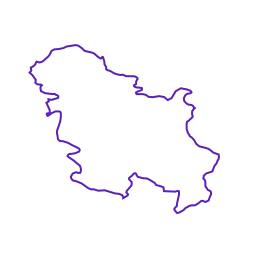 an SVG outline of Republic of Serbia, rotated 345°
{"feature_id": "SRB", "entity_name": "Republic of Serbia", "entity_type": "country or territory", "adm_level": 0, "iso_a3": "SRB", "parent_name": "Europe", "parent_adm1": "", "projection": "robinson", "projection_center": [20.755, 44.206], "detail": "fine", "context": "isolated", "style": "outline", "palette": "violet", "viewbox_px": 256, "rotation_deg": 345, "n_neighbors": 0, "source": "natural_earth", "source_scale": "50m", "svg_char_len": 3158}
<svg xmlns="http://www.w3.org/2000/svg" viewBox="0 0 256 256"><g transform="rotate(345 128 128)"><path d="M145.0,97.5L151.3,99.2L154.2,100.9L155.7,103.1L159.8,104.6L166.4,105.3L171.0,107.5L173.6,111.3L177.8,110.4L183.6,104.8L189.3,103.3L194.9,106.0L198.0,108.2L198.6,109.9L197.3,110.6L194.1,110.3L191.6,111.4L189.6,113.8L189.3,116.5L190.7,119.3L192.7,121.2L195.3,122.2L196.7,123.7L196.9,125.6L197.6,126.1L196.1,126.9L194.5,128.2L193.6,130.4L193.4,134.0L188.4,136.7L186.6,137.3L185.7,139.1L184.4,144.3L184.6,148.2L185.3,150.2L185.6,151.9L187.3,153.9L188.8,156.9L189.8,161.0L192.0,164.1L197.6,167.2L200.4,169.0L202.5,171.6L204.1,173.9L208.7,177.1L208.4,179.3L207.4,181.5L206.3,182.5L204.1,185.3L201.8,186.9L198.2,191.8L192.4,192.1L191.0,192.5L188.8,193.8L187.7,196.3L188.8,198.3L188.7,200.3L187.7,204.2L189.1,208.4L191.2,210.3L191.5,211.4L191.2,213.3L188.1,217.3L187.2,218.8L184.1,219.5L183.1,219.1L181.5,217.8L180.0,217.4L176.4,219.0L172.6,220.0L169.7,219.2L166.8,219.1L164.8,219.8L163.2,220.0L160.3,221.7L155.5,223.0L153.3,222.7L152.5,221.1L151.6,218.8L152.0,217.8L155.1,215.9L155.5,214.2L159.9,205.8L160.7,203.1L160.7,202.2L159.6,201.6L157.2,201.7L146.4,198.3L146.9,194.4L143.8,192.3L140.4,190.4L139.8,188.3L136.0,184.1L133.3,181.7L129.8,180.5L126.7,178.8L124.9,177.8L124.1,175.8L124.1,174.6L123.2,173.5L121.7,173.6L119.3,175.2L116.2,176.5L115.7,177.5L116.8,179.9L117.6,181.3L117.2,182.7L116.3,184.5L110.4,188.5L109.7,189.8L110.9,192.1L110.1,193.1L105.2,194.5L105.4,193.3L105.1,191.4L102.3,189.3L98.3,187.7L89.5,182.2L86.2,181.5L83.1,180.9L78.8,178.2L76.6,177.8L74.1,175.9L68.8,169.5L64.3,166.1L61.1,164.3L60.3,162.6L60.1,160.9L60.2,160.3L62.6,157.8L64.4,157.4L66.7,157.4L68.3,158.6L70.3,158.9L71.4,157.3L72.0,155.0L71.8,152.0L67.0,145.2L62.8,140.4L62.3,139.3L63.3,138.4L64.7,137.9L66.3,138.3L70.3,138.7L74.3,138.2L75.6,137.1L75.6,135.5L74.2,134.0L69.6,130.1L66.1,126.7L61.9,124.0L58.8,122.9L57.9,121.6L57.5,120.1L57.9,117.5L58.1,114.1L58.9,112.0L61.7,108.0L64.4,103.8L66.1,99.7L67.0,95.9L66.7,94.8L65.3,94.0L62.3,93.2L58.2,93.9L54.8,95.3L53.4,95.4L53.0,93.7L53.5,93.0L54.6,93.1L55.5,93.4L56.5,92.6L57.0,90.3L55.7,82.5L58.3,81.8L58.3,80.6L58.6,79.6L61.2,81.0L65.0,81.0L68.3,80.8L68.8,80.0L68.8,78.9L68.1,78.0L66.9,77.3L66.1,76.2L63.9,75.7L56.9,72.9L53.5,69.9L53.7,66.7L54.7,65.0L55.9,64.4L55.5,63.8L51.6,62.3L50.2,60.3L51.4,57.6L49.4,52.3L47.3,49.0L49.4,47.6L49.7,45.5L49.9,44.4L50.8,44.4L54.2,43.1L55.4,42.0L56.2,40.7L57.0,40.3L59.2,41.7L61.6,41.9L64.3,41.0L66.4,39.8L68.8,38.7L69.9,38.0L71.3,36.9L74.2,33.7L77.3,33.0L81.6,33.8L86.3,34.1L89.7,33.4L98.5,34.3L100.4,35.1L101.6,35.9L103.9,38.7L106.1,42.3L109.2,44.0L112.8,45.9L114.7,47.4L117.5,51.7L119.6,53.8L120.4,53.7L121.1,53.2L121.6,52.7L122.2,53.1L122.2,54.4L122.4,57.3L121.8,60.4L122.6,63.3L122.6,64.2L122.1,65.1L122.2,65.8L122.9,66.6L125.9,68.6L128.7,71.5L131.8,73.6L134.8,75.0L136.7,75.1L139.7,77.5L145.8,79.2L147.7,79.8L149.0,80.8L150.0,82.0L150.0,83.2L149.1,83.8L147.8,85.4L147.3,87.5L146.3,88.0L145.4,88.0L144.7,88.6L144.8,89.5L145.6,90.3L146.9,91.1L149.3,91.9L151.7,93.0L151.7,93.9L151.2,94.8L148.2,95.2L145.9,95.4L144.9,95.8L145.0,97.5Z" fill="none" stroke="#5b21b6" stroke-width="2"/></g></svg>